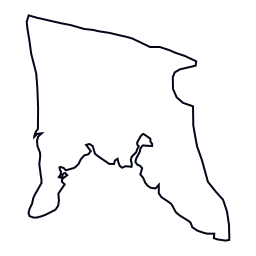 outline of Ngerkesowaol, Palau
{"feature_id": "81905179B86075584623295", "entity_name": "Ngerkesowaol", "entity_type": "district", "adm_level": 2, "iso_a3": "PLW", "parent_name": "Palau", "parent_adm1": "", "projection": "albers", "projection_center": [134.492, 7.341], "detail": "fine", "context": "isolated", "style": "outline", "palette": "ink", "viewbox_px": 256, "rotation_deg": 0, "n_neighbors": 0, "source": "geoboundaries", "source_scale": "gbopen_adm2", "svg_char_len": 2125}
<svg xmlns="http://www.w3.org/2000/svg" viewBox="0 0 256 256"><path d="M28.7,15.4L26.7,21.8L27.4,28.6L29.2,39.2L31.2,53.8L36.2,73.3L37.3,87.2L38.1,107.5L37.9,129.0L35.7,131.9L34.2,136.4L34.2,137.0L37.0,133.9L41.7,133.3L38.1,136.6L37.0,140.9L37.5,146.2L40.0,152.6L40.2,156.6L39.3,163.8L40.6,174.3L41.4,179.2L41.5,183.0L34.7,195.0L33.1,198.6L32.2,203.4L29.5,209.0L28.5,213.0L29.5,216.1L33.6,217.6L37.0,217.5L41.2,216.4L45.5,214.8L55.5,209.7L58.2,205.6L58.9,200.4L58.4,193.5L64.7,184.4L61.9,181.7L62.1,179.1L67.2,175.1L65.3,173.2L64.1,173.2L62.6,174.4L62.3,176.9L60.2,177.6L58.8,177.0L60.6,174.7L61.0,172.0L59.9,169.5L59.5,167.3L60.5,167.0L62.3,167.5L63.7,168.0L64.9,169.4L65.8,170.3L74.2,167.9L76.3,166.3L78.6,163.9L80.8,159.3L84.2,155.4L88.3,154.3L90.8,151.2L88.3,147.8L86.1,144.9L89.5,144.0L92.7,146.1L95.0,153.8L99.3,157.1L109.3,163.9L114.0,164.0L114.9,160.5L117.6,158.8L118.5,162.8L119.9,166.1L122.1,167.7L125.6,166.2L131.5,166.8L131.8,163.9L130.8,159.9L131.7,156.8L136.0,152.4L136.5,151.5L136.9,149.9L137.9,147.9L138.8,146.3L137.4,144.9L137.1,142.6L138.2,140.7L139.0,139.2L140.6,136.3L142.5,134.3L143.3,133.9L145.5,135.3L147.9,137.0L150.3,138.6L150.5,141.7L152.2,144.0L152.1,146.0L145.5,145.7L143.2,145.3L142.0,146.2L140.1,149.3L139.9,151.5L136.2,158.5L135.4,161.8L137.2,164.6L140.1,165.8L142.2,168.2L140.3,174.3L143.2,177.9L145.2,182.6L147.5,185.6L150.7,187.8L155.6,188.4L158.8,184.8L158.8,190.7L158.8,193.4L161.5,197.2L169.6,202.6L171.6,204.4L175.9,212.3L179.6,215.4L188.3,220.8L190.6,222.7L192.3,227.2L197.4,230.7L204.3,233.0L207.7,233.7L214.3,233.7L213.8,238.1L217.4,239.4L220.9,239.9L225.5,240.6L229.3,239.9L229.3,238.1L229.0,225.0L227.0,211.6L223.1,199.8L216.0,191.9L207.9,181.8L201.9,160.0L197.1,146.5L195.5,138.1L193.3,125.6L193.0,106.3L183.1,102.9L176.7,97.4L173.0,88.9L172.8,77.2L173.2,76.2L174.7,72.4L177.1,71.0L179.7,69.4L191.3,66.7L195.7,65.6L196.2,61.3L184.9,56.0L175.2,52.7L169.8,50.3L159.8,47.0L150.0,47.0L132.5,38.6L127.1,37.0L120.5,35.5L109.9,33.0L105.1,32.2L98.3,31.2L93.1,29.9L84.3,29.0L70.8,25.1L62.4,23.5L50.7,20.9L40.9,18.6L37.5,17.9L28.7,15.4Z" fill="none" stroke="#020617" stroke-width="2"/></svg>